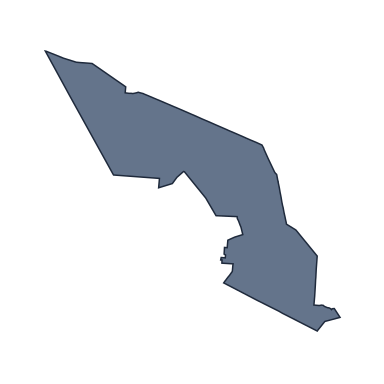 El Espinal, Oaxaca, Mexico, rotated 95°
{"feature_id": "50627088B62999724223409", "entity_name": "El Espinal", "entity_type": "district", "adm_level": 2, "iso_a3": "MEX", "parent_name": "Mexico", "parent_adm1": "Oaxaca", "projection": "equal_earth", "projection_center": [-95.031, 16.463], "detail": "fine", "context": "isolated", "style": "filled", "palette": "slate", "viewbox_px": 384, "rotation_deg": 95, "n_neighbors": 0, "source": "geoboundaries", "source_scale": "gbopen_adm2", "svg_char_len": 1993}
<svg xmlns="http://www.w3.org/2000/svg" viewBox="0 0 384 384"><g transform="rotate(95 192 192)"><path d="M64.4,350.4L91.3,332.5L108.9,320.8L181.1,272.2L181.9,271.6L181.3,225.6L190.7,225.6L185.3,212.3L178.7,208.3L172.3,202.2L172.5,201.3L196.8,177.8L213.5,166.0L212.6,144.9L214.6,144.5L216.6,143.2L220.6,141.3L222.9,140.1L230.0,137.7L233.2,145.5L235.2,149.1L236.9,152.1L243.2,152.1L244.2,152.1L244.4,152.1L244.4,154.8L251.1,154.6L251.8,153.1L254.7,153.1L254.7,157.2L257.2,157.5L257.1,156.2L258.8,156.1L260.3,156.0L260.0,144.8L261.7,144.9L267.6,144.9L270.1,146.4L271.5,147.2L272.8,148.1L273.8,148.8L275.1,149.6L275.7,150.0L276.6,150.5L277.3,151.0L277.9,151.4L279.8,152.5L294.3,117.5L303.2,95.0L305.0,91.2L306.8,86.7L319.6,55.1L318.2,54.3L317.8,54.0L313.6,51.2L309.4,48.4L309.1,47.6L304.0,33.6L295.7,40.1L295.9,41.5L296.2,42.2L297.0,42.8L296.2,43.6L295.5,45.4L295.4,47.1L294.4,50.2L293.5,51.3L293.4,53.2L294.0,55.3L294.0,57.3L294.0,60.7L285.3,60.7L274.0,61.0L268.7,61.2L266.4,61.2L258.4,61.5L244.9,61.7L220.8,85.2L215.8,95.1L213.8,95.6L213.2,95.8L211.0,96.5L208.3,97.3L206.5,97.9L206.1,98.0L204.6,98.5L199.5,99.9L197.6,100.6L196.9,100.8L194.2,101.6L189.9,102.7L186.0,103.8L185.1,104.1L180.1,105.4L177.8,106.1L174.8,107.0L174.5,107.1L174.4,107.0L174.0,107.1L173.6,107.3L173.2,107.4L172.8,107.6L172.4,107.7L171.9,107.9L170.9,108.1L170.0,108.4L169.2,108.6L167.4,109.1L166.9,109.4L166.8,109.6L166.1,110.5L164.9,111.5L151.8,119.2L143.2,124.0L142.1,124.4L139.1,126.4L137.0,132.3L135.5,137.0L135.4,137.4L133.7,142.4L133.5,143.2L133.3,143.5L133.1,144.1L129.9,153.6L127.3,161.6L127.0,162.3L126.8,162.9L125.2,167.7L123.0,174.3L121.8,177.8L118.2,188.7L117.1,191.8L113.7,201.9L109.1,215.7L108.9,216.4L108.6,217.4L105.8,225.9L99.0,246.9L98.8,247.7L98.2,249.2L97.7,252.3L97.3,254.3L97.9,255.6L98.5,257.4L99.1,259.6L99.0,261.3L99.2,263.3L99.1,265.8L99.0,267.2L93.0,267.2L72.7,302.7L72.7,307.5L72.8,313.7L72.8,318.6L69.9,331.7L64.5,349.5L64.4,350.4Z" fill="#64748b" stroke="#1e293b" stroke-width="1.5"/></g></svg>